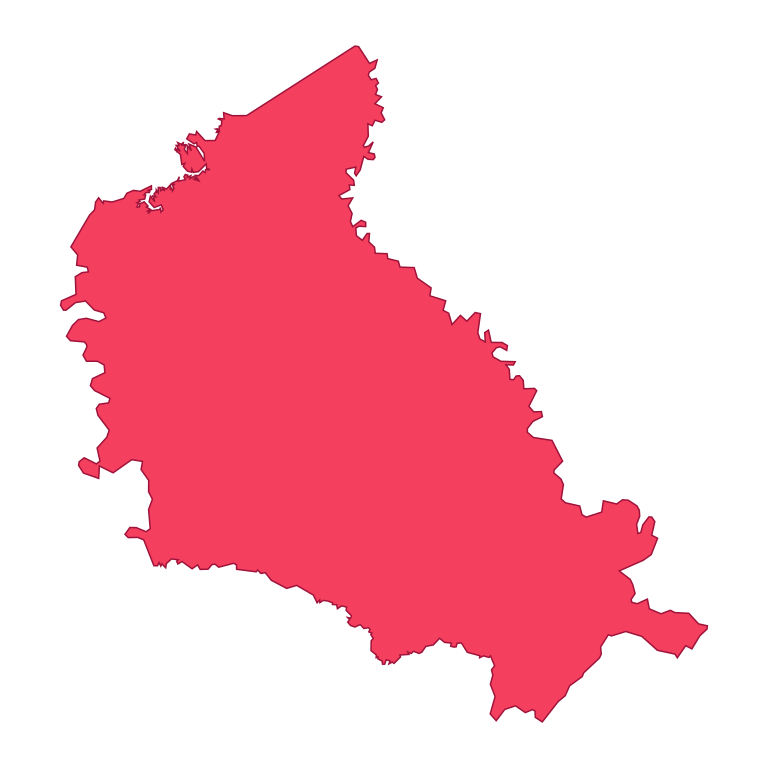 the district of Puerto Parra, Santander, Colombia
{"feature_id": "7082276B16167878822858", "entity_name": "Puerto Parra", "entity_type": "district", "adm_level": 2, "iso_a3": "COL", "parent_name": "Colombia", "parent_adm1": "Santander", "projection": "mercator", "projection_center": [-73.991, 6.701], "detail": "fine", "context": "isolated", "style": "filled", "palette": "rose", "viewbox_px": 768, "rotation_deg": 0, "n_neighbors": 0, "source": "geoboundaries", "source_scale": "gbopen_adm2", "svg_char_len": 6060}
<svg xmlns="http://www.w3.org/2000/svg" viewBox="0 0 768 768"><path d="M98.6,197.8L95.6,202.1L94.6,209.8L89.5,215.2L70.9,246.9L77.7,255.0L76.6,265.2L87.3,267.2L88.4,271.9L82.0,272.6L75.3,276.7L76.0,294.4L61.5,300.8L60.6,305.3L63.5,310.2L66.0,310.2L75.5,302.6L85.5,301.0L94.3,310.0L103.8,312.8L105.9,318.0L98.9,321.6L86.3,318.3L78.4,319.6L72.5,325.4L66.5,336.3L70.4,340.7L84.3,341.9L86.3,344.2L87.1,346.6L83.0,355.1L86.4,361.2L97.6,361.3L104.1,364.9L104.9,372.7L92.5,378.6L90.4,385.7L94.5,390.5L110.0,398.4L108.6,402.9L99.4,404.2L96.3,408.5L97.9,415.2L109.2,430.2L106.8,437.3L97.1,448.0L100.0,461.1L96.4,463.9L84.2,457.8L79.2,461.7L78.6,465.4L83.5,473.1L98.7,478.4L99.4,466.0L113.1,472.8L131.7,459.7L142.5,461.4L141.1,469.6L148.7,480.4L148.6,491.8L152.4,499.2L148.6,509.5L150.2,528.7L146.1,531.7L136.2,527.6L129.9,527.5L125.0,534.3L128.2,537.6L137.6,537.4L143.7,539.8L153.9,565.7L157.5,565.8L159.0,562.6L160.8,566.1L161.8,563.8L165.7,567.8L166.4,563.6L171.5,558.9L178.2,559.8L176.7,561.3L177.9,564.0L182.0,561.5L192.1,568.8L197.6,564.9L200.2,569.4L208.1,569.2L211.9,564.6L215.1,564.2L218.7,567.2L233.6,563.3L236.5,564.8L236.6,569.3L256.2,571.8L257.7,570.0L260.8,573.4L265.3,572.7L271.3,580.3L286.7,588.4L296.7,585.4L313.3,595.0L317.1,602.8L319.7,600.0L319.9,602.6L323.0,600.5L327.5,600.9L332.6,602.8L332.4,604.5L336.7,604.8L337.4,608.7L341.7,605.9L346.6,607.1L346.1,610.3L351.5,615.8L350.7,618.1L347.6,617.5L349.6,619.7L347.7,622.1L350.5,625.5L354.9,627.0L360.3,624.6L363.9,628.5L368.4,627.7L370.0,629.3L368.8,631.9L371.8,633.0L370.8,634.5L373.2,638.5L371.2,640.8L371.0,650.6L376.3,654.9L376.2,657.7L378.1,656.9L377.9,658.9L382.1,661.0L382.5,664.2L384.7,664.2L386.2,659.8L390.0,660.8L388.9,663.9L392.2,662.1L394.0,663.4L400.5,657.0L399.9,655.0L408.9,654.4L407.7,652.0L411.1,653.5L413.5,651.3L419.0,653.4L421.7,652.3L425.9,646.4L433.3,644.9L439.6,638.3L444.6,642.4L451.3,643.1L450.7,646.3L454.1,647.1L456.2,646.8L457.0,643.3L461.4,642.9L467.3,652.3L479.8,655.7L479.6,657.7L483.6,655.9L489.0,657.4L490.5,655.8L494.6,665.8L491.5,669.8L492.8,675.2L490.4,684.3L495.1,696.6L490.2,713.9L496.2,720.7L504.8,709.4L515.5,705.8L525.3,712.6L532.5,709.6L535.0,711.0L535.3,717.4L542.3,721.9L558.3,701.4L565.2,695.7L569.6,685.8L582.2,676.6L583.7,672.8L599.4,658.1L601.3,654.0L600.6,647.0L608.3,634.8L611.5,635.9L625.8,631.5L641.9,636.4L657.4,650.3L675.0,654.1L677.3,657.8L685.7,645.7L691.9,648.9L699.7,635.9L707.0,629.1L707.4,625.8L698.6,623.9L688.8,613.3L674.9,612.6L670.3,610.3L661.0,613.8L649.3,608.8L647.4,599.1L637.3,603.7L631.8,602.4L631.2,599.4L635.1,593.5L632.7,584.5L630.2,579.4L619.2,570.9L643.2,560.3L651.2,554.6L657.6,538.3L651.7,535.2L654.8,521.6L651.8,517.1L648.9,516.9L642.8,524.9L640.8,532.4L637.9,533.6L636.6,524.3L639.7,516.2L639.3,510.2L636.9,505.9L628.2,500.2L622.5,499.8L616.7,504.0L603.4,500.8L601.7,512.1L586.2,517.1L582.0,514.7L579.7,506.0L565.5,502.8L561.2,499.0L563.4,484.7L561.0,479.1L553.9,473.0L554.0,470.1L562.6,461.2L552.0,440.4L533.4,437.5L527.4,432.3L527.4,428.5L532.9,421.4L542.4,416.6L541.4,411.6L533.7,411.9L528.9,406.3L536.7,390.7L534.5,388.4L523.9,388.8L523.2,380.3L519.5,375.7L516.2,376.0L513.5,379.8L509.9,379.3L509.3,369.4L505.9,364.8L513.4,365.0L515.2,361.7L500.9,361.3L493.0,356.8L492.0,352.9L496.3,347.8L500.2,346.8L506.7,350.4L507.4,345.6L502.1,342.5L491.2,342.4L488.5,330.1L484.7,332.7L485.3,341.9L479.9,339.0L477.8,332.6L480.5,313.7L475.2,312.5L466.8,321.2L460.4,315.4L452.0,324.6L448.7,313.2L443.1,310.3L445.7,300.8L429.9,295.8L431.1,287.9L417.3,278.2L414.2,267.6L400.0,267.1L398.3,261.2L387.7,258.6L387.1,253.7L375.3,253.3L374.5,247.2L368.8,241.9L369.5,233.5L367.1,233.5L362.3,240.3L356.4,235.7L355.8,228.1L359.0,226.2L365.7,226.6L365.7,222.3L361.2,220.3L352.7,226.7L350.4,221.5L352.1,213.5L348.1,205.8L352.7,197.9L341.8,199.0L338.9,195.6L349.9,189.6L349.3,184.9L354.3,185.3L353.6,180.2L346.1,172.8L346.1,169.2L355.8,167.1L354.6,173.1L356.2,175.8L360.2,169.9L363.8,156.4L368.0,159.3L373.3,159.6L375.0,157.4L374.3,154.0L368.4,152.6L373.2,141.9L368.7,146.0L364.4,147.2L363.3,145.7L368.3,136.2L367.9,123.8L372.3,125.8L375.0,120.2L381.8,122.3L384.7,119.8L381.1,112.8L383.3,107.8L374.9,103.7L381.5,96.8L375.5,94.5L377.5,89.4L375.6,85.6L378.4,83.1L376.1,78.4L371.2,79.8L368.4,75.4L369.0,72.3L374.9,68.2L377.2,59.9L369.5,63.4L358.6,46.6L354.9,46.1L246.6,115.6L232.3,115.7L223.6,112.7L224.1,118.9L219.1,118.4L218.3,119.0L221.8,120.5L221.3,125.7L219.3,126.1L219.2,129.9L217.5,128.8L215.7,129.1L218.8,130.7L216.7,131.6L216.4,132.4L219.1,132.0L215.2,140.5L205.0,140.6L196.6,131.5L195.6,135.0L189.4,133.9L186.7,138.8L194.0,143.8L196.6,142.5L197.2,146.4L199.0,146.2L204.2,153.4L204.6,161.3L195.9,147.0L188.9,144.0L191.4,150.8L187.3,145.7L187.4,153.5L184.3,149.5L186.1,144.2L184.1,146.2L184.6,144.8L182.3,145.1L183.8,142.2L181.2,144.3L177.7,142.6L179.0,145.4L176.2,145.4L180.3,151.4L177.2,149.2L176.6,151.0L175.4,148.3L174.9,149.7L180.4,154.4L181.8,164.5L184.8,163.3L183.2,166.4L187.5,171.2L191.6,172.2L191.9,169.2L193.3,172.4L198.4,171.7L206.2,163.9L206.7,168.3L210.0,169.7L205.6,169.6L205.0,172.6L202.9,171.0L198.8,175.5L195.3,175.4L198.9,180.9L194.1,179.2L195.9,178.8L193.8,176.3L189.9,178.6L190.9,175.6L187.2,177.3L187.8,175.2L185.3,174.5L183.9,176.8L185.4,179.7L178.4,181.2L179.3,176.7L177.5,180.6L172.6,183.0L174.8,185.0L171.9,184.1L173.9,188.3L172.6,191.0L171.7,188.2L170.4,189.2L170.5,184.7L166.6,189.0L161.8,187.0L165.0,190.7L161.3,189.2L160.5,191.5L160.5,187.6L158.3,187.4L158.2,192.7L156.3,189.9L156.5,193.2L156.1,191.3L154.0,194.1L155.9,196.8L151.9,195.7L153.5,197.1L154.8,201.8L150.4,196.2L149.1,201.8L154.2,207.5L161.2,204.9L163.3,209.7L160.9,212.0L160.5,207.6L159.7,209.5L150.3,210.9L149.7,212.0L148.0,213.7L149.4,211.0L147.8,210.9L150.5,209.5L146.4,207.1L148.0,206.0L144.2,201.8L140.0,203.7L139.5,206.9L137.0,207.0L138.6,203.2L137.0,202.7L140.0,201.4L138.9,200.0L144.7,199.1L145.6,195.1L144.0,195.0L146.0,192.5L149.5,192.5L149.9,190.7L147.3,190.4L151.5,189.5L151.4,185.8L140.1,191.3L133.4,190.4L126.9,193.2L123.9,198.4L112.2,202.0L103.7,200.9L103.1,203.3L98.6,197.8Z" fill="#f43f5e" stroke="#9f1239" stroke-width="1.5"/></svg>